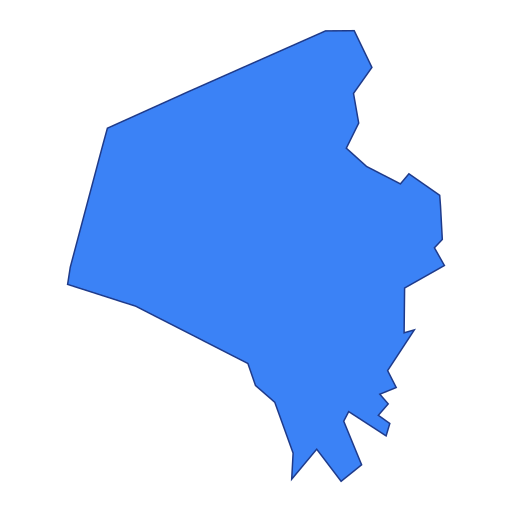 the district of Fayette, Kentucky, United States of America
{"feature_id": "52423323B24182846637781", "entity_name": "Fayette", "entity_type": "district", "adm_level": 2, "iso_a3": "USA", "parent_name": "United States of America", "parent_adm1": "Kentucky", "projection": "natural_earth1", "projection_center": [-84.424, 38.027], "detail": "fine", "context": "isolated", "style": "filled", "palette": "blue", "viewbox_px": 512, "rotation_deg": 0, "n_neighbors": 0, "source": "geoboundaries", "source_scale": "gbopen_adm2", "svg_char_len": 699}
<svg xmlns="http://www.w3.org/2000/svg" viewBox="0 0 512 512"><path d="M102.9,144.6L98.9,159.5L78.7,235.5L70.3,267.1L67.6,284.4L123.1,302.2L135.5,306.1L157.0,317.1L192.0,334.9L205.4,341.8L247.9,363.5L255.5,385.5L274.8,402.3L293.1,453.1L291.7,479.2L316.7,449.2L341.1,481.3L361.6,464.8L343.7,421.2L348.7,411.6L386.1,435.9L389.8,423.5L378.3,415.3L388.2,403.9L379.8,394.2L396.2,387.5L387.6,370.6L414.3,329.9L404.1,332.8L404.6,288.0L444.4,265.5L436.5,251.5L434.4,247.8L442.3,239.4L440.5,205.9L439.7,195.3L408.9,173.8L400.4,183.9L366.6,166.5L346.3,148.2L358.7,123.1L353.5,93.4L371.9,67.4L354.2,30.7L325.5,30.9L188.7,91.5L107.4,128.2L102.9,144.6Z" fill="#3b82f6" stroke="#1e3a8a" stroke-width="1.5"/></svg>